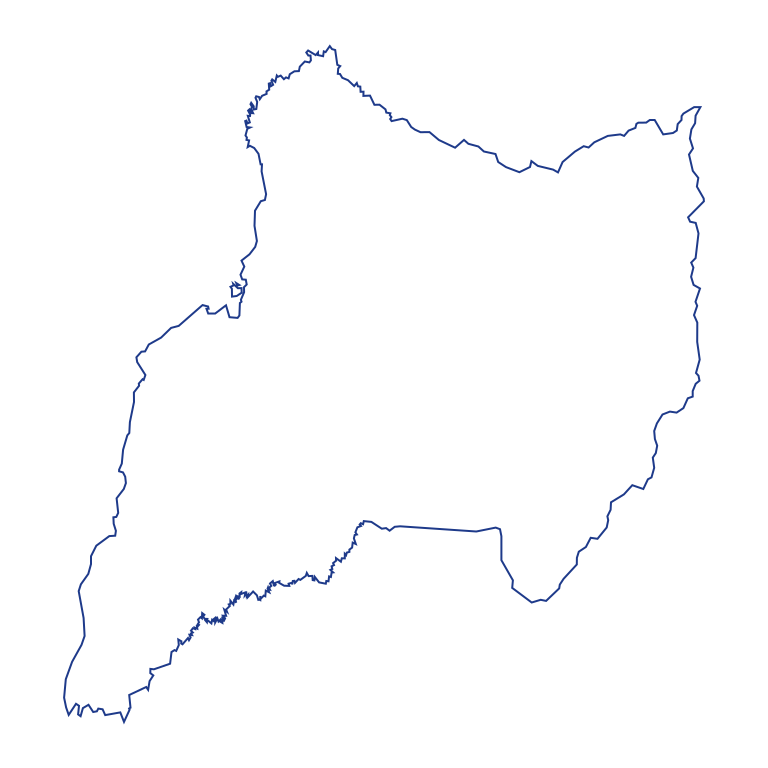 outline of Mamuju Tengah, Sulawesi Barat, Indonesia
{"feature_id": "22746128B49136567123703", "entity_name": "Mamuju Tengah", "entity_type": "district", "adm_level": 2, "iso_a3": "IDN", "parent_name": "Indonesia", "parent_adm1": "Sulawesi Barat", "projection": "equal_earth", "projection_center": [119.569, -2.021], "detail": "fine", "context": "isolated", "style": "outline", "palette": "blue", "viewbox_px": 768, "rotation_deg": 0, "n_neighbors": 0, "source": "geoboundaries", "source_scale": "gbopen_adm2", "svg_char_len": 6050}
<svg xmlns="http://www.w3.org/2000/svg" viewBox="0 0 768 768"><path d="M699.5,380.7L698.5,375.7L696.0,373.0L699.7,359.6L697.2,341.9L697.3,322.6L694.0,315.1L697.2,305.8L695.5,301.8L700.0,288.5L693.6,284.9L691.1,276.8L693.4,267.6L691.2,262.6L695.6,258.1L698.5,233.4L695.7,222.9L690.1,221.7L688.1,217.3L703.9,201.3L703.7,198.5L696.9,186.6L698.3,177.9L692.8,170.9L689.0,154.5L693.0,148.4L689.9,138.6L691.4,129.4L695.1,123.2L695.6,115.7L700.4,107.1L694.2,107.1L683.4,113.6L681.6,116.1L681.5,120.0L677.7,124.1L676.8,130.5L673.0,133.0L663.2,134.4L654.7,120.0L649.8,120.0L646.2,122.6L638.3,122.7L636.4,123.9L635.4,127.9L628.6,130.6L624.1,135.9L620.3,134.4L607.8,135.9L594.3,142.3L588.6,147.5L583.7,146.2L574.9,151.6L562.6,162.0L558.0,172.4L553.1,169.6L537.8,165.9L531.4,161.1L530.0,167.0L519.4,172.2L506.0,167.1L498.2,162.0L495.5,154.0L483.9,151.5L478.4,146.5L468.4,143.8L464.0,139.9L455.1,147.7L438.9,140.0L429.5,132.1L420.5,132.2L414.9,129.6L411.2,127.0L406.8,120.1L402.4,118.7L391.6,121.1L390.2,119.0L391.4,117.1L389.8,115.1L390.4,113.3L386.3,112.6L385.5,109.4L379.5,104.7L374.4,104.8L370.0,95.6L363.4,95.9L363.5,91.7L360.6,91.8L360.3,86.6L357.9,86.3L356.8,83.0L354.2,86.1L348.0,80.2L342.3,77.8L340.0,74.0L337.8,73.8L338.2,68.5L340.2,66.1L337.3,64.8L335.2,50.0L332.0,49.1L329.8,46.1L325.6,52.1L323.8,51.4L323.1,56.2L318.0,55.1L318.0,52.5L315.7,55.1L308.1,50.5L306.3,52.5L308.3,55.5L310.5,55.5L310.9,60.4L309.4,62.4L304.8,61.5L299.8,66.7L298.9,71.1L294.4,71.3L289.8,74.2L288.6,78.4L286.0,77.4L283.9,79.2L280.7,75.6L277.9,76.8L276.8,75.5L275.3,81.9L272.2,79.4L271.4,80.7L273.1,84.8L270.9,86.2L270.1,83.2L268.8,83.6L269.2,89.7L266.5,91.4L266.6,93.9L262.1,95.8L259.8,99.2L259.0,97.0L256.2,96.3L255.5,97.8L257.2,101.9L256.3,109.0L253.7,109.5L253.7,106.3L251.2,102.8L250.5,104.2L252.0,106.9L251.1,109.0L253.1,113.2L251.2,113.0L249.4,109.4L248.1,110.6L250.2,114.6L250.0,116.0L247.8,115.8L249.8,122.4L247.5,123.4L246.4,120.6L245.2,121.1L246.6,127.0L250.1,127.5L247.3,128.8L245.5,135.5L246.9,137.5L246.5,139.9L249.1,140.4L247.7,147.1L249.9,145.8L254.2,148.0L258.5,153.8L260.6,164.3L262.0,164.3L261.6,171.4L266.1,194.2L264.9,200.0L260.8,201.2L255.0,210.7L254.5,225.8L256.9,241.0L255.2,246.9L249.5,254.3L241.5,260.6L244.3,266.6L240.5,274.7L242.2,279.4L245.8,279.7L246.7,284.5L244.0,287.2L244.1,292.2L240.9,299.8L241.5,301.7L239.9,303.0L239.4,315.5L237.6,317.9L229.5,317.2L226.0,305.3L215.2,313.5L208.2,313.5L206.5,308.8L208.6,308.7L208.1,306.5L202.5,305.1L178.7,325.9L171.1,327.9L161.1,337.6L148.8,344.5L145.1,351.4L141.4,351.7L136.4,357.3L137.2,362.1L145.4,375.0L143.7,379.9L142.6,379.2L138.8,383.6L139.1,385.7L133.9,392.4L134.0,402.0L129.9,422.1L129.3,433.0L127.3,435.4L123.1,449.7L121.8,463.6L119.1,469.7L119.1,471.3L123.0,472.4L125.2,476.7L125.9,483.1L123.8,489.0L116.6,498.3L118.2,512.9L116.3,516.9L113.4,517.3L113.7,523.8L115.9,530.8L115.2,535.7L109.3,536.1L96.3,545.7L91.0,556.2L91.0,564.1L88.3,573.9L80.9,584.3L78.7,591.1L83.6,618.0L84.6,636.0L81.5,644.9L72.1,661.8L65.8,679.2L64.1,697.7L66.1,707.4L68.7,714.9L76.0,703.8L79.0,705.8L78.1,714.4L80.6,716.2L82.9,708.1L88.5,704.8L93.2,712.0L96.9,711.3L98.3,708.6L102.6,709.3L105.2,715.1L120.3,712.4L124.0,721.9L129.6,709.7L129.1,708.5L130.5,707.7L129.2,695.0L146.2,687.0L148.1,689.8L149.6,681.1L153.3,675.4L150.3,673.1L150.4,668.9L153.9,669.3L170.1,663.7L171.5,652.0L174.5,650.1L176.2,650.9L178.8,645.1L178.3,639.5L181.4,641.3L181.2,643.5L182.5,644.3L188.0,638.0L189.0,640.2L190.6,637.5L189.5,634.8L192.0,635.1L191.0,633.4L192.8,632.5L191.0,630.7L192.9,628.2L195.0,629.0L194.7,627.6L197.3,628.7L196.7,624.8L197.5,626.6L199.0,624.9L197.8,624.1L199.0,622.3L198.0,619.6L200.5,617.1L201.9,618.3L202.2,613.1L204.4,614.8L203.1,616.5L204.6,618.8L206.7,618.9L205.3,620.3L206.9,622.2L207.1,619.8L211.4,623.4L212.1,619.8L214.5,621.7L213.1,619.6L216.5,616.8L215.1,618.6L215.2,622.5L217.4,618.4L218.5,621.5L220.2,619.8L220.2,621.6L222.4,622.9L222.2,620.0L223.9,620.8L224.8,619.0L222.7,618.7L222.4,617.5L224.3,617.4L223.0,615.7L226.1,615.8L224.3,609.6L227.0,611.8L226.1,609.5L229.8,606.0L228.8,604.4L230.4,603.9L230.4,600.7L233.4,604.5L234.1,600.6L236.3,602.6L235.4,600.4L237.2,598.4L235.1,598.6L236.1,595.8L239.2,599.3L238.3,596.4L239.7,596.7L239.5,593.5L241.2,592.2L241.0,594.0L245.4,592.4L244.9,595.4L246.4,593.6L246.7,596.5L248.1,594.8L247.9,597.1L253.1,591.5L256.9,595.3L258.6,600.8L258.1,599.1L260.3,600.1L260.2,596.1L260.9,598.6L263.8,595.6L265.3,596.3L265.8,590.6L269.2,592.3L267.6,588.5L268.0,587.5L268.5,589.3L270.0,589.7L269.1,587.7L271.3,585.9L270.0,583.5L272.8,581.1L273.9,585.4L274.7,585.7L275.6,584.8L273.8,583.4L279.4,581.4L279.2,582.9L284.1,585.7L289.3,585.9L288.6,583.7L291.8,582.8L292.3,584.4L292.8,581.0L294.4,580.8L295.0,582.9L298.6,579.0L300.3,579.9L305.8,575.9L306.8,572.9L308.6,576.1L312.4,575.9L312.7,580.1L314.4,580.4L314.8,576.9L319.1,582.4L325.8,583.7L326.3,581.0L328.5,581.3L329.1,576.4L330.9,577.0L331.6,572.6L333.1,572.4L330.4,569.9L332.3,569.0L331.6,566.3L334.0,565.1L333.1,563.1L336.1,560.7L336.0,558.1L340.9,561.7L341.8,558.3L344.8,558.4L344.8,553.8L346.1,555.2L346.8,552.6L349.4,551.9L349.4,549.6L352.1,547.6L352.7,542.6L355.8,544.0L353.9,538.4L354.7,535.0L356.9,534.5L355.4,532.3L357.4,527.3L361.0,526.0L359.7,524.5L360.8,523.2L363.1,524.2L363.8,521.1L371.4,521.9L381.8,528.7L386.1,528.1L389.6,530.7L394.7,526.8L400.1,526.3L476.3,531.5L495.7,527.6L500.0,529.2L501.4,536.2L501.4,560.2L512.9,580.3L512.2,587.9L531.7,602.5L540.7,599.8L546.1,600.9L559.2,588.4L559.8,584.6L563.6,578.8L576.8,564.5L576.9,557.8L578.8,551.7L585.9,547.0L590.7,537.8L597.5,538.8L606.7,527.5L608.2,520.2L607.4,516.3L610.6,509.8L611.0,502.3L623.9,494.4L632.3,485.2L643.3,489.0L647.9,479.3L651.5,477.4L654.2,467.8L652.8,457.6L655.8,453.1L657.2,445.7L654.9,439.0L654.2,431.0L656.9,423.4L662.5,414.5L669.9,411.6L676.6,412.6L683.4,408.1L687.8,398.3L692.7,396.6L692.7,391.1L695.7,383.8L699.5,380.7ZM237.9,288.2L233.2,283.8L233.6,285.4L230.5,286.8L231.9,288.8L232.0,296.6L236.7,296.0L241.7,292.7L241.5,288.1L237.9,288.2ZM239.3,285.0L236.3,283.1L237.3,285.6L239.3,285.0Z" fill="none" stroke="#1e3a8a" stroke-width="2"/></svg>